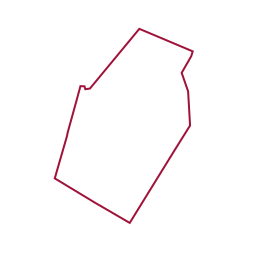 Gonzales, Texas, United States of America, rotated 342°
{"feature_id": "52423323B16861027908547", "entity_name": "Gonzales", "entity_type": "district", "adm_level": 2, "iso_a3": "USA", "parent_name": "United States of America", "parent_adm1": "Texas", "projection": "orthographic", "projection_center": [-97.525, 29.447], "detail": "fine", "context": "isolated", "style": "outline", "palette": "rose", "viewbox_px": 256, "rotation_deg": 342, "n_neighbors": 0, "source": "geoboundaries", "source_scale": "gbopen_adm2", "svg_char_len": 375}
<svg xmlns="http://www.w3.org/2000/svg" viewBox="0 0 256 256"><g transform="rotate(342 128 128)"><path d="M73.3,188.6L100.3,218.8L165.5,163.5L187.8,144.8L196.5,111.7L196.1,92.1L210.4,79.2L213.2,75.1L169.4,37.2L104.0,78.7L99.4,77.9L99.5,74.9L95.7,73.5L88.3,84.8L69.2,113.7L67.5,116.8L47.1,146.9L42.8,153.3L73.3,188.6Z" fill="none" stroke="#9f1239" stroke-width="2"/></g></svg>